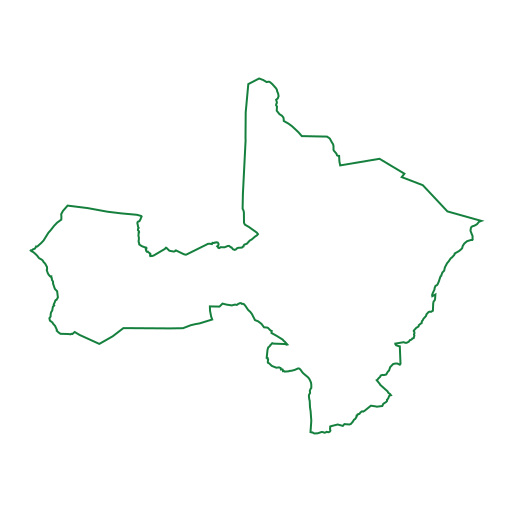 outline of Cherán, Michoacán, Mexico
{"feature_id": "50627088B24017538060106", "entity_name": "Cherán", "entity_type": "district", "adm_level": 2, "iso_a3": "MEX", "parent_name": "Mexico", "parent_adm1": "Michoacán", "projection": "orthographic", "projection_center": [-101.993, 19.739], "detail": "fine", "context": "isolated", "style": "outline", "palette": "green", "viewbox_px": 512, "rotation_deg": 0, "n_neighbors": 0, "source": "geoboundaries", "source_scale": "gbopen_adm2", "svg_char_len": 6012}
<svg xmlns="http://www.w3.org/2000/svg" viewBox="0 0 512 512"><path d="M310.5,432.1L311.5,432.4L312.5,432.4L313.6,433.2L314.9,433.5L316.1,433.3L317.7,433.3L321.6,432.0L322.9,432.1L324.4,432.7L325.5,432.5L326.6,431.8L328.1,432.2L329.0,432.1L329.9,431.5L330.4,430.7L330.0,428.7L330.3,427.1L330.2,426.5L330.9,426.2L337.7,424.5L342.8,425.9L344.4,424.1L349.4,424.5L350.8,424.0L352.8,421.7L354.0,419.7L355.1,419.0L355.7,418.3L356.0,417.4L356.5,416.9L356.6,415.6L357.2,415.5L357.5,414.6L357.8,414.6L358.2,414.1L359.4,413.9L360.6,412.3L362.1,411.3L363.1,411.6L364.3,411.0L370.9,405.7L375.7,406.4L376.8,406.7L382.3,406.0L383.3,403.8L385.7,402.3L386.6,401.5L387.1,400.8L387.0,399.8L388.2,398.5L389.1,396.1L389.9,395.4L390.9,395.2L390.1,394.1L388.3,392.8L387.6,391.4L380.2,384.8L379.6,383.7L376.7,380.2L377.5,379.7L378.5,378.3L380.1,376.9L380.6,375.7L380.9,375.4L382.5,374.9L383.9,375.1L386.2,374.5L387.9,371.6L389.0,370.6L390.2,367.1L393.2,364.0L395.5,363.5L397.3,363.5L399.8,364.7L400.5,363.8L399.8,346.3L398.6,346.1L396.2,345.3L395.4,344.3L395.3,343.6L403.7,342.2L405.2,342.8L406.6,342.8L408.8,341.7L409.9,340.1L410.9,339.9L412.1,339.0L412.3,338.5L413.7,338.1L414.4,335.5L414.0,334.7L414.0,334.2L414.4,333.5L414.4,332.7L414.3,331.9L413.8,331.3L413.8,330.6L416.3,327.8L418.4,326.6L418.7,326.1L418.8,325.2L420.6,323.7L421.6,323.2L421.9,321.2L422.6,320.5L423.5,318.7L425.9,316.1L426.2,315.5L426.4,314.4L428.5,312.1L429.4,311.7L431.1,311.8L432.9,310.7L433.2,303.4L433.6,301.5L434.8,300.1L435.1,298.5L435.4,294.5L432.3,296.2L432.1,295.1L432.5,293.7L434.5,289.4L434.6,288.1L435.5,285.9L437.1,285.0L437.8,283.9L438.9,281.3L440.3,276.9L440.6,276.3L441.3,275.8L441.4,275.1L442.4,272.5L444.2,270.6L444.7,268.1L445.1,267.0L447.1,263.2L448.8,261.2L450.3,258.9L450.9,258.2L451.9,257.5L454.1,255.1L454.6,254.3L454.7,253.5L458.8,251.2L460.8,249.6L462.1,248.3L462.8,245.8L464.4,243.4L467.1,241.2L470.9,240.0L472.3,240.0L472.7,239.4L472.5,238.2L472.6,236.2L470.7,231.4L470.5,230.4L470.9,228.0L471.4,227.0L472.4,226.3L474.4,225.7L476.9,224.3L479.1,221.7L481.3,220.9L447.4,211.4L422.8,185.2L401.7,177.1L404.4,173.7L379.5,158.8L340.2,165.4L339.4,161.4L339.1,155.9L337.9,155.8L337.0,155.3L336.4,153.6L333.8,150.6L333.5,149.6L333.5,146.1L333.1,144.3L331.6,141.9L329.9,138.7L329.1,138.0L327.0,136.6L301.8,136.1L298.3,132.1L292.0,126.2L288.3,123.5L283.8,121.0L283.7,119.3L283.4,117.5L281.9,115.7L279.5,114.2L276.7,110.7L277.0,106.6L276.1,105.2L276.2,104.2L276.8,103.1L276.9,102.2L276.1,99.8L277.7,98.5L278.6,96.2L278.1,93.5L277.1,91.2L277.0,90.1L276.2,88.5L272.3,84.1L269.7,81.9L268.4,81.7L266.7,82.1L263.2,80.0L259.1,78.5L248.3,84.1L245.7,112.4L245.5,138.1L245.6,140.2L242.9,193.9L242.6,208.7L243.4,210.3L243.9,212.3L244.0,222.7L244.4,223.7L245.0,224.7L248.8,226.9L256.8,232.6L258.0,234.1L257.1,235.2L254.9,236.7L251.8,239.4L249.7,240.6L246.9,243.7L244.4,244.6L243.6,245.6L243.5,246.5L242.6,246.9L241.9,247.6L238.2,247.8L237.1,248.2L236.1,249.3L234.7,249.9L232.9,249.2L231.5,247.4L230.9,247.4L229.1,245.9L227.8,246.0L224.5,247.3L220.4,247.2L219.7,247.9L219.2,248.1L218.3,247.8L218.0,247.1L217.2,246.3L218.2,245.5L218.6,244.4L218.4,243.6L217.8,242.6L217.2,242.4L216.4,242.3L215.8,242.6L215.2,242.4L213.9,243.0L212.5,242.8L211.9,244.1L209.6,243.7L207.7,243.9L206.7,244.5L186.3,254.6L185.6,254.7L183.8,254.2L175.9,250.4L175.5,250.5L175.3,251.0L173.9,251.6L169.7,250.8L169.2,250.6L166.4,247.8L165.9,247.7L164.9,248.9L153.7,255.5L152.6,255.9L150.3,256.1L150.0,254.9L150.4,254.4L150.4,253.9L149.5,253.0L148.1,252.1L147.8,251.6L147.0,251.8L146.2,250.9L145.8,249.2L146.4,248.8L146.5,248.1L146.4,247.8L145.8,247.4L145.3,247.5L141.7,246.1L139.2,244.4L139.1,242.9L138.7,242.1L138.6,241.0L138.8,240.0L138.9,237.8L138.4,235.4L138.7,233.6L138.5,233.0L139.1,232.2L138.9,231.2L138.1,230.5L137.9,230.0L138.0,229.0L138.7,227.9L138.0,226.7L137.9,225.5L137.4,223.4L137.5,222.3L138.1,221.6L139.4,221.2L140.5,219.2L141.6,216.4L141.2,216.0L137.0,214.8L121.5,213.4L107.4,211.7L87.7,208.1L67.6,205.6L62.9,211.0L61.2,214.2L61.4,216.8L61.3,219.6L57.2,222.6L54.1,225.8L50.6,230.3L48.5,232.6L43.5,240.6L41.1,243.1L37.4,246.4L36.5,246.7L36.1,246.5L35.0,248.5L33.8,249.1L33.2,249.2L32.6,249.6L32.2,250.4L30.9,250.3L30.7,250.5L31.2,251.0L33.4,252.2L35.3,253.8L37.2,255.7L39.0,258.1L41.8,259.7L42.8,260.6L43.6,262.1L44.7,263.1L45.4,264.1L47.0,267.0L47.1,269.2L46.7,270.0L47.7,272.9L48.4,274.3L49.9,276.2L51.3,276.3L51.2,277.5L51.8,278.0L51.9,279.8L53.0,281.6L53.1,282.3L53.0,283.4L54.7,288.4L55.1,289.2L57.1,291.2L57.9,297.4L56.5,299.9L55.8,300.0L55.4,300.4L54.7,302.4L53.7,304.4L53.7,304.7L54.2,305.5L52.9,306.7L52.2,310.6L51.1,312.3L50.7,314.0L50.6,316.5L49.4,318.2L49.9,320.6L52.3,322.4L53.4,324.1L55.0,325.8L56.9,329.9L56.7,330.7L58.5,332.4L60.5,333.8L68.0,334.0L70.6,334.3L71.3,333.8L72.4,334.0L74.7,332.0L79.5,334.9L99.3,343.9L112.7,336.3L123.4,328.1L169.7,328.4L183.0,328.2L190.8,325.2L195.5,324.1L199.6,323.4L212.2,319.5L211.1,316.4L210.0,310.6L209.9,306.4L219.5,306.6L222.5,303.6L226.5,304.6L231.8,305.4L234.9,304.6L236.9,304.9L238.4,303.8L240.2,303.1L241.0,303.1L241.8,303.9L242.8,303.8L243.7,304.0L245.2,305.6L248.1,309.9L250.3,311.9L251.9,314.0L255.0,320.1L258.1,321.3L260.5,323.1L261.5,323.9L264.0,327.3L267.3,327.6L268.1,328.0L270.6,330.6L271.7,330.9L271.5,333.0L276.4,335.7L282.7,339.6L283.6,340.8L284.6,341.5L287.3,344.5L286.5,344.7L285.7,344.2L284.1,344.0L273.4,343.6L272.4,343.2L271.9,343.4L271.3,344.4L270.5,344.9L269.8,346.1L268.2,347.5L267.5,349.9L266.7,357.8L267.5,357.9L267.5,358.5L267.8,358.8L267.8,359.3L268.1,359.4L267.8,362.0L267.9,362.7L268.3,363.0L269.0,363.2L271.8,365.9L276.3,367.7L279.2,367.4L280.8,368.2L280.9,369.5L282.5,369.4L282.9,370.1L283.0,371.2L284.3,371.2L284.7,371.6L288.8,371.3L289.4,370.9L291.3,370.8L294.5,370.0L298.2,368.4L299.1,368.5L300.3,369.4L302.5,372.5L303.6,373.6L307.9,377.2L309.1,378.6L310.0,380.3L311.0,382.6L311.3,384.8L311.3,387.9L310.4,389.2L309.8,390.9L310.1,393.0L309.1,394.6L308.9,396.1L309.3,399.5L309.7,400.8L310.0,407.4L310.6,411.1L311.3,420.8L310.5,432.1Z" fill="none" stroke="#15803d" stroke-width="2"/></svg>